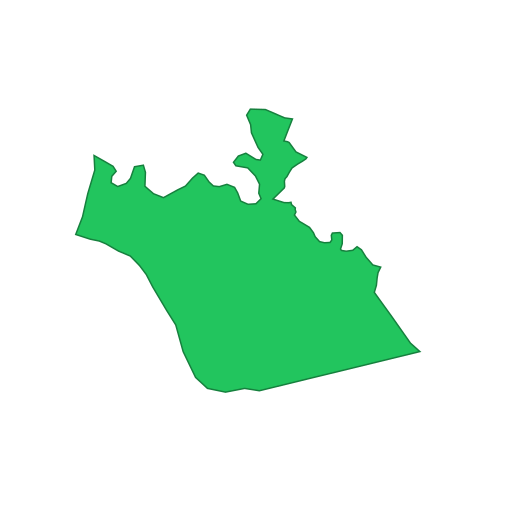 the district of Uvwie, Delta, Nigeria, rotated 201°
{"feature_id": "59680162B58427071840888", "entity_name": "Uvwie", "entity_type": "district", "adm_level": 2, "iso_a3": "NGA", "parent_name": "Nigeria", "parent_adm1": "Delta", "projection": "mercator", "projection_center": [5.787, 5.57], "detail": "fine", "context": "isolated", "style": "filled", "palette": "green", "viewbox_px": 512, "rotation_deg": 201, "n_neighbors": 0, "source": "geoboundaries", "source_scale": "gbopen_adm2", "svg_char_len": 1717}
<svg xmlns="http://www.w3.org/2000/svg" viewBox="0 0 512 512"><g transform="rotate(201 256 256)"><path d="M271.1,397.0L278.8,395.2L299.7,396.1L313.9,391.1L315.2,384.1L308.1,376.7L304.4,369.4L293.0,358.1L286.0,353.4L286.3,347.1L290.6,346.1L302.3,348.3L308.3,343.0L310.6,335.4L307.1,333.0L295.3,335.3L285.2,330.5L278.4,324.3L275.9,315.6L271.8,311.3L274.8,304.7L282.0,301.4L290.0,301.8L295.7,308.3L300.6,312.4L308.8,312.5L315.1,307.6L320.9,306.1L326.4,308.3L333.2,312.9L339.7,312.7L343.2,305.9L346.9,296.0L352.8,289.7L363.3,277.3L374.0,277.4L384.7,281.3L389.2,294.5L393.7,300.4L401.4,295.8L401.0,283.5L403.1,277.3L410.0,271.3L417.5,272.5L419.2,278.7L416.9,285.0L421.6,288.5L431.7,290.1L443.2,291.8L437.3,278.5L435.4,254.0L434.1,244.8L432.0,230.5L432.0,211.5L416.8,212.3L407.7,213.8L400.5,213.6L386.0,211.3L373.3,210.9L362.5,205.9L360.9,205.1L351.8,199.4L341.2,190.0L319.8,173.1L306.2,162.9L289.7,140.6L268.9,121.0L253.9,115.0L235.7,118.0L219.2,128.3L210.9,130.1L204.6,131.4L165.0,158.9L149.5,169.6L68.8,225.5L80.6,230.0L107.1,247.8L132.5,264.4L133.1,271.8L135.1,279.1L136.1,284.2L135.6,290.3L143.7,289.5L152.8,294.3L159.8,299.6L165.0,300.9L167.7,296.0L173.5,292.8L178.2,291.8L179.6,292.8L179.9,298.4L182.8,306.3L186.0,308.0L192.9,304.8L193.1,302.3L191.0,298.2L191.7,295.2L196.8,292.9L201.8,292.2L207.7,295.2L210.7,298.3L216.3,301.9L228.0,303.9L234.8,308.0L234.5,311.4L236.1,313.4L236.5,315.0L241.2,316.7L242.6,318.7L244.5,317.5L248.9,315.9L260.6,315.2L254.0,329.6L254.1,331.2L256.3,336.0L256.6,338.6L255.6,341.1L254.9,346.2L253.9,351.1L250.1,356.7L246.7,361.0L244.2,364.6L243.8,366.3L256.0,367.5L265.7,373.8L267.5,374.0L271.2,373.4L271.2,383.1L271.1,397.0Z" fill="#22c55e" stroke="#15803d" stroke-width="1.5"/></g></svg>